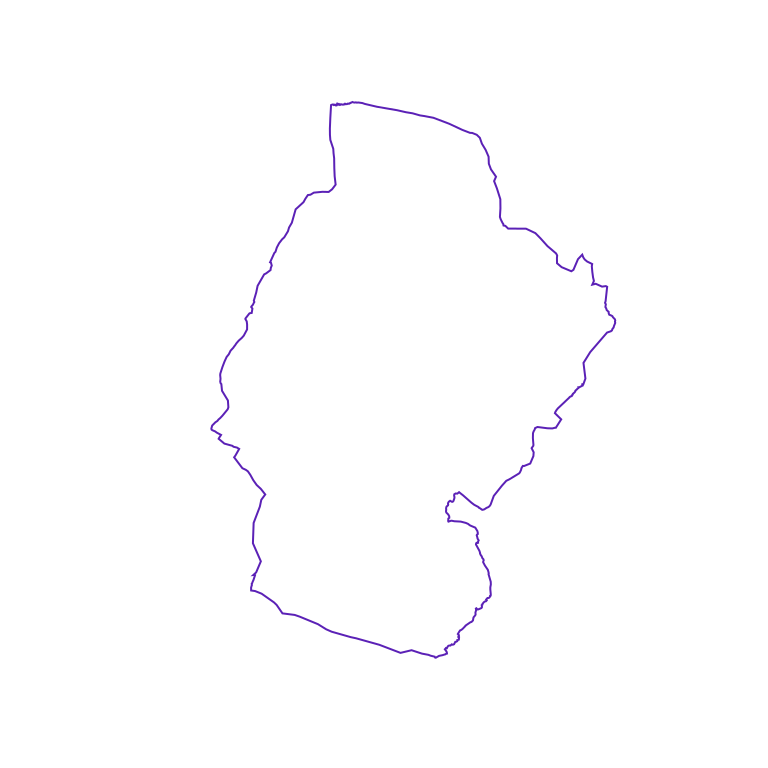 Hjartdal nor, Telemark, Norway, rotated 47°
{"feature_id": "86288312B76434721018946", "entity_name": "Hjartdal nor", "entity_type": "district", "adm_level": 2, "iso_a3": "NOR", "parent_name": "Norway", "parent_adm1": "Telemark", "projection": "albers", "projection_center": [8.717, 59.692], "detail": "fine", "context": "isolated", "style": "outline", "palette": "violet", "viewbox_px": 768, "rotation_deg": 47, "n_neighbors": 0, "source": "geoboundaries", "source_scale": "gbopen_adm2", "svg_char_len": 6141}
<svg xmlns="http://www.w3.org/2000/svg" viewBox="0 0 768 768"><g transform="rotate(47 384 384)"><path d="M444.4,622.0L447.5,619.5L453.9,616.5L468.7,613.4L472.4,613.2L482.5,614.7L492.0,606.8L496.7,604.3L514.6,596.1L523.9,593.6L529.5,591.2L546.4,581.0L551.0,577.8L571.5,565.3L591.9,555.3L597.5,545.4L607.1,540.1L612.4,536.2L614.5,535.2L618.0,532.9L618.8,533.2L619.5,532.8L620.4,529.1L622.2,526.2L623.2,524.1L623.4,523.9L623.6,522.8L624.1,521.8L623.0,521.0L622.0,520.7L619.5,520.4L619.5,519.9L619.7,519.5L619.3,518.9L619.3,518.7L620.1,518.2L619.5,516.6L619.4,515.8L619.4,515.4L619.8,514.6L620.6,513.8L620.6,512.0L621.4,511.7L621.8,511.1L622.1,510.2L621.2,507.7L621.8,506.9L622.0,505.9L621.9,505.5L621.3,505.1L622.0,503.6L620.8,502.2L620.4,502.3L620.4,502.1L619.6,501.8L619.8,501.5L619.6,501.1L618.4,500.4L617.2,500.5L616.4,497.7L616.1,496.4L616.5,495.4L616.7,493.8L616.5,489.4L616.3,489.2L617.2,483.2L617.7,482.3L617.6,480.2L616.0,478.1L615.7,477.5L615.4,475.1L615.1,474.3L613.5,473.0L612.2,470.8L610.9,470.0L611.0,469.4L612.5,469.4L612.9,469.2L613.2,468.6L614.3,465.6L614.2,465.0L613.9,464.4L612.4,463.4L612.5,462.5L612.1,462.3L611.7,460.1L611.8,458.8L611.9,458.4L612.4,457.7L612.4,457.2L612.3,456.4L611.3,456.3L611.1,454.3L611.9,453.3L612.0,452.4L611.7,451.2L611.3,450.9L611.5,450.3L610.7,449.4L606.7,446.3L605.2,444.9L603.5,442.6L601.4,440.8L594.3,437.2L593.9,436.5L592.3,435.6L590.7,434.8L585.6,434.0L581.9,433.0L581.5,432.5L580.9,431.3L579.9,430.8L578.4,430.8L576.5,430.0L575.3,430.0L574.5,429.6L573.6,429.5L573.0,428.9L571.1,428.0L564.1,426.2L563.4,425.3L563.3,424.6L564.0,424.1L564.3,423.5L563.5,422.9L562.9,421.4L560.8,421.0L560.5,420.7L557.8,419.3L557.6,418.6L557.7,417.7L556.8,416.9L555.2,416.0L551.3,415.2L547.3,417.0L545.8,417.6L543.7,417.9L541.4,418.9L537.0,421.7L532.3,426.2L530.5,427.5L529.8,428.1L528.6,430.7L527.9,430.5L527.3,429.7L526.6,429.1L526.3,428.7L526.4,427.5L525.2,426.5L523.3,426.0L520.6,426.1L519.7,425.7L519.0,425.1L518.5,424.3L517.7,423.8L516.6,422.5L516.3,421.7L516.4,420.0L516.0,419.3L515.2,418.9L514.6,418.0L514.3,416.9L514.5,415.3L516.4,414.7L516.9,414.2L517.0,413.6L516.9,413.0L515.7,410.7L514.8,409.6L513.5,408.9L512.6,407.8L512.9,406.3L514.2,405.1L514.3,402.9L519.4,402.1L530.4,401.0L533.9,400.4L538.5,398.8L539.1,399.0L540.5,398.5L543.0,398.0L543.9,396.6L544.2,395.5L544.5,393.6L545.2,391.6L545.3,390.2L544.9,388.3L540.7,380.0L538.8,367.2L538.2,360.6L539.2,357.3L541.5,346.2L541.4,345.1L540.3,342.3L539.6,341.4L539.4,340.8L539.0,340.3L538.9,339.5L538.6,338.3L539.5,337.5L541.9,331.3L538.6,323.9L536.0,321.1L531.6,319.8L531.0,316.9L530.4,316.2L525.1,312.0L521.6,308.6L520.7,306.9L520.1,304.9L519.3,303.6L520.1,301.1L527.8,294.7L530.4,292.1L531.4,291.0L532.7,288.6L533.2,288.2L530.7,278.5L521.9,278.9L521.3,277.7L520.7,275.5L520.4,273.4L520.4,270.1L520.3,257.7L520.2,257.5L520.2,257.0L520.4,255.9L520.9,255.0L520.5,254.4L520.5,253.3L520.2,253.2L520.0,252.5L520.1,250.5L519.9,249.2L519.4,248.6L519.5,246.4L519.3,245.6L519.6,244.7L519.4,244.0L519.1,243.9L519.6,243.3L520.6,239.8L519.8,239.6L519.4,239.1L520.1,238.3L517.4,233.0L504.6,223.7L501.3,211.4L498.5,185.8L500.2,182.0L500.1,181.6L500.3,180.8L499.5,179.3L499.5,178.8L499.3,178.1L499.3,177.6L498.5,176.4L497.0,173.2L496.1,172.7L495.7,172.3L495.3,171.6L494.2,171.0L491.2,171.0L490.1,170.7L489.1,171.0L486.9,172.0L485.3,171.3L484.5,170.5L481.8,170.7L480.2,169.9L478.7,169.6L477.0,167.4L475.4,167.0L474.6,165.5L465.1,154.5L463.7,155.0L461.5,158.1L455.1,160.8L453.4,163.9L451.8,160.2L448.6,158.4L444.1,155.2L439.6,151.7L438.2,149.9L433.0,151.9L429.8,152.3L427.3,151.9L424.6,150.8L425.0,157.0L429.7,167.6L429.3,170.1L419.7,174.4L413.7,175.1L409.8,171.6L408.1,169.7L405.9,169.1L394.6,170.4L384.1,170.2L376.9,170.4L367.3,174.2L355.0,187.2L351.1,187.4L349.6,188.5L348.2,187.6L347.1,187.5L343.1,186.3L340.9,185.3L335.0,179.1L328.2,172.9L317.9,168.0L310.7,165.1L308.8,160.7L300.0,159.4L294.4,157.1L289.1,152.5L282.1,150.0L275.0,148.5L269.3,146.0L265.0,146.2L260.5,148.3L259.0,149.8L251.6,153.4L238.0,158.9L223.0,166.3L215.5,171.8L212.1,174.5L205.5,178.5L200.2,182.6L192.7,187.7L176.4,200.1L166.1,207.0L163.8,208.2L160.6,210.8L159.7,212.0L158.8,212.5L158.3,213.4L157.2,214.3L156.2,214.8L156.0,215.8L155.7,216.2L155.7,217.0L155.1,217.8L155.1,218.1L155.2,218.4L154.2,219.4L154.3,219.6L154.0,220.3L153.5,220.8L152.5,221.3L152.7,222.0L152.3,222.2L152.3,222.5L151.9,222.9L151.8,223.5L150.4,224.4L150.2,225.1L149.9,225.2L150.1,225.4L149.9,225.8L149.4,225.7L149.4,226.1L149.2,226.4L148.2,226.3L147.0,226.9L147.2,227.4L147.2,227.9L147.6,228.0L147.2,228.5L147.8,228.8L147.7,229.0L147.2,229.4L146.5,229.3L145.8,230.4L145.3,230.2L145.1,230.6L144.5,231.0L144.0,232.1L143.9,232.5L152.7,241.7L160.3,249.4L164.9,253.6L168.9,256.8L177.4,260.7L180.8,263.5L184.9,266.5L192.1,273.0L198.4,278.4L205.2,283.4L206.2,289.2L205.8,293.5L201.5,297.9L196.2,304.8L195.4,308.7L193.9,310.8L194.9,315.2L196.1,318.8L196.0,329.5L203.2,341.4L204.8,346.7L206.8,350.1L208.7,356.9L208.7,359.9L209.5,364.7L211.1,369.3L213.3,373.2L213.4,374.9L217.3,384.3L218.1,383.9L220.8,385.3L221.9,387.6L223.3,389.3L222.7,394.8L222.1,396.9L226.0,409.5L229.9,415.0L234.3,422.4L235.6,422.9L236.0,424.3L236.6,425.7L236.9,428.2L237.1,428.6L239.1,428.8L241.8,432.3L240.7,433.9L240.6,434.5L241.6,440.7L242.0,441.1L244.6,441.7L247.2,443.6L250.7,446.9L253.0,453.6L253.3,456.6L253.2,460.7L253.6,464.3L254.2,466.7L254.3,467.8L254.7,469.5L255.0,473.5L256.4,477.2L256.9,480.7L258.8,485.3L261.4,490.6L264.7,496.5L265.7,497.7L268.7,500.0L270.6,502.2L272.1,503.0L273.1,503.0L278.5,507.1L289.6,509.4L294.9,513.7L295.9,515.6L297.0,523.9L297.2,527.1L297.1,529.3L297.4,531.1L297.0,533.4L297.2,538.0L298.8,540.6L299.7,541.2L300.6,541.1L303.6,539.8L305.4,539.5L310.1,537.9L310.9,541.2L311.3,542.3L318.7,541.4L325.9,537.0L327.2,536.9L330.2,534.9L332.7,534.2L335.0,541.5L335.4,543.6L349.0,545.0L352.5,543.6L355.0,543.1L359.1,543.7L365.2,545.2L371.0,546.0L376.8,545.6L383.8,546.2L385.0,552.7L389.0,558.4L396.7,574.1L411.1,588.5L429.7,595.0L434.6,606.0L434.6,609.8L435.2,609.0L435.9,608.7L438.4,613.3L439.0,614.8L439.9,616.6L439.9,617.0L441.0,617.8L441.1,618.1L442.3,620.1L444.4,622.0Z" fill="none" stroke="#5b21b6" stroke-width="2"/></g></svg>